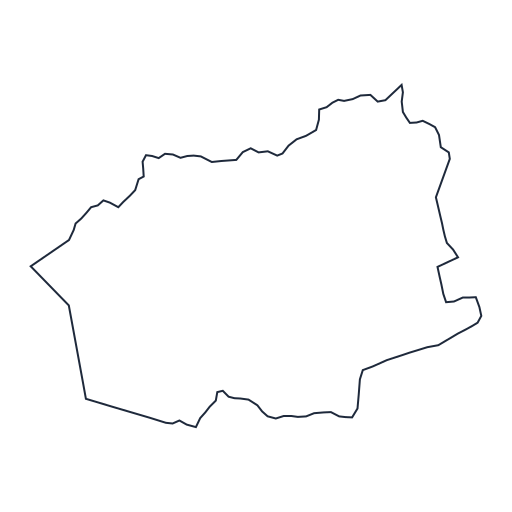 outline of São Lourenço da Mata, Pernambuco, Brazil
{"feature_id": "56859067B70092057615278", "entity_name": "São Lourenço da Mata", "entity_type": "district", "adm_level": 2, "iso_a3": "BRA", "parent_name": "Brazil", "parent_adm1": "Pernambuco", "projection": "natural_earth1", "projection_center": [-35.088, -8.017], "detail": "fine", "context": "isolated", "style": "outline", "palette": "slate", "viewbox_px": 512, "rotation_deg": 0, "n_neighbors": 0, "source": "geoboundaries", "source_scale": "gbopen_adm2", "svg_char_len": 1752}
<svg xmlns="http://www.w3.org/2000/svg" viewBox="0 0 512 512"><path d="M401.6,84.9L385.4,100.2L377.7,101.6L370.4,94.9L360.5,95.5L352.7,99.1L344.1,100.9L338.2,99.8L332.4,102.7L326.6,107.2L319.2,109.5L318.9,119.7L316.1,130.0L306.1,135.8L296.6,139.3L288.6,145.6L282.5,153.5L277.2,155.6L267.8,151.3L258.6,152.4L250.7,148.3L242.8,152.1L236.3,159.9L221.3,161.0L211.8,162.0L200.8,156.4L193.7,155.6L187.3,156.0L180.5,157.8L172.9,154.5L165.0,153.8L158.7,158.1L152.1,156.0L146.0,155.2L142.6,161.7L143.2,168.5L143.7,176.5L138.6,179.2L135.2,190.1L129.8,195.8L123.3,201.9L118.3,207.2L109.8,202.6L103.4,200.4L97.8,205.4L91.1,207.2L86.6,212.6L81.3,218.5L75.6,223.5L73.7,230.0L69.0,240.0L30.7,266.3L68.8,305.4L75.2,340.2L83.1,383.3L85.9,398.8L112.2,406.7L149.9,417.8L165.9,422.8L172.6,423.5L179.4,420.5L186.7,424.6L195.9,427.1L200.2,418.1L205.3,412.4L209.7,406.7L215.8,400.6L217.3,392.1L222.8,390.8L228.6,396.7L234.4,398.2L240.3,398.5L248.5,399.6L257.4,405.3L262.1,411.4L267.6,416.3L275.8,418.5L283.7,416.0L291.4,416.0L297.8,416.9L306.1,416.4L314.1,413.2L323.9,412.4L330.9,412.1L339.2,416.4L345.6,417.1L352.1,417.4L357.5,408.5L358.7,394.9L359.9,379.3L362.8,370.1L372.6,366.5L386.9,360.1L402.3,355.1L409.7,352.6L417.6,350.2L427.3,347.2L438.3,345.2L458.0,333.5L466.5,329.1L472.3,325.9L477.6,322.7L481.3,315.9L479.4,307.1L475.8,297.2L469.9,297.5L462.9,297.5L454.0,301.5L446.1,302.2L443.3,293.9L441.4,284.5L439.6,276.6L437.5,266.9L448.8,261.6L458.0,257.3L453.1,249.6L446.9,243.0L444.9,236.4L443.3,229.6L442.0,223.2L440.2,215.7L437.9,205.8L435.9,197.3L449.8,158.9L448.8,152.4L440.8,147.2L439.0,135.0L435.1,127.2L429.3,124.0L422.7,120.8L416.6,122.5L409.9,122.9L406.2,117.5L402.9,112.0L401.7,101.6L402.9,92.3L401.6,84.9Z" fill="none" stroke="#1e293b" stroke-width="2"/></svg>